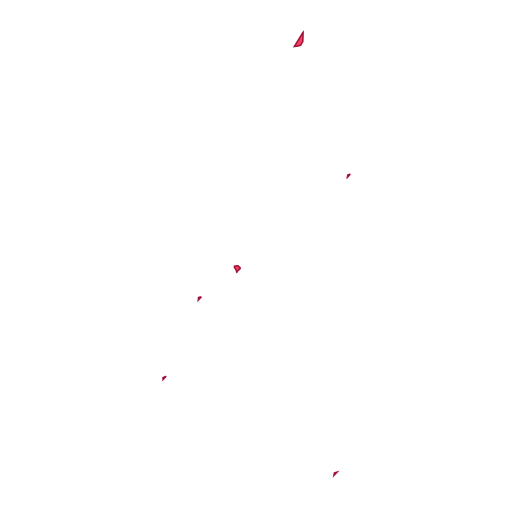 outline of Baa, rotated 178°
{"feature_id": "MDV-5228", "entity_name": "Baa", "entity_type": "Atoll", "adm_level": 1, "iso_a3": "MDV", "parent_name": "Maldives", "parent_adm1": "", "projection": "orthographic", "projection_center": [73.003, 5.117], "detail": "coarse", "context": "isolated", "style": "filled", "palette": "rose", "viewbox_px": 512, "rotation_deg": 178, "n_neighbors": 0, "source": "natural_earth", "source_scale": "10m", "svg_char_len": 616}
<svg xmlns="http://www.w3.org/2000/svg" viewBox="0 0 512 512"><g transform="rotate(178 256 256)"><path d="M210.4,464.0L201.3,477.8L201.1,478.0L201.7,468.8L204.1,465.0L207.3,464.3L210.4,464.0ZM275.7,240.4L275.8,240.5L276.5,243.1L277.9,245.2L277.9,246.6L274.3,246.9L272.1,244.5L272.9,243.2L274.5,242.2L275.7,240.4ZM315.2,213.9L314.9,216.6L312.0,217.1L311.9,217.2L315.2,213.9ZM353.2,135.7L353.2,137.7L350.0,138.9L353.2,135.7ZM185.8,34.0L185.2,36.5L182.5,37.2L185.8,34.0ZM162.0,331.3L162.0,331.6L161.5,333.5L161.4,333.8L160.1,334.2L158.9,334.6L162.0,331.3Z" fill="#f43f5e" stroke="#9f1239" stroke-width="1.5"/></g></svg>